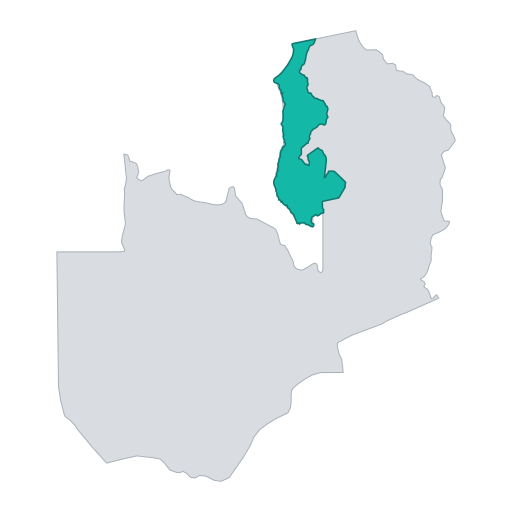 location of Luapula within Zambia
{"feature_id": "ZMB-514", "entity_name": "Luapula", "entity_type": "Province", "adm_level": 1, "iso_a3": "ZMB", "parent_name": "Zambia", "parent_adm1": "", "projection": "equal_earth", "projection_center": [29.278, -10.414], "detail": "fine", "context": "in_parent", "style": "filled", "palette": "teal", "viewbox_px": 512, "rotation_deg": 0, "n_neighbors": 0, "source": "natural_earth", "source_scale": "10m", "svg_char_len": 9438}
<svg xmlns="http://www.w3.org/2000/svg" viewBox="0 0 512 512"><path d="M343.1,372.5L320.6,372.6L312.4,374.9L305.6,378.6L297.6,384.2L293.0,388.2L291.7,390.4L291.1,395.2L291.1,402.6L290.3,408.0L287.8,412.9L275.6,418.8L267.7,423.7L259.9,429.4L254.0,436.9L250.0,446.0L243.3,457.3L229.3,477.5L221.2,481.3L214.4,480.4L206.2,476.2L199.7,475.4L194.9,478.0L190.4,477.2L186.3,473.0L182.8,471.4L180.0,472.6L176.5,472.4L170.0,470.1L164.3,462.9L161.2,459.9L158.9,458.7L152.2,457.6L136.7,455.9L120.7,459.5L106.7,463.1L92.2,447.1L78.1,430.1L75.2,425.7L69.9,420.0L66.1,417.3L64.6,415.8L60.7,400.7L58.5,386.7L56.9,251.9L120.3,251.9L124.4,251.3L124.6,249.8L121.6,242.6L121.7,240.0L122.5,235.1L125.2,225.3L125.3,222.1L124.0,211.4L124.0,205.4L124.7,193.3L124.2,189.2L125.7,183.8L126.2,180.2L126.7,178.7L126.0,174.5L124.6,160.2L123.8,154.1L127.7,155.0L129.0,158.0L129.7,161.2L131.4,161.4L136.0,163.3L137.6,166.0L138.6,171.8L138.0,174.7L136.6,177.1L138.1,179.2L141.1,180.6L142.9,180.2L147.9,176.3L152.7,174.8L155.1,173.8L165.6,171.2L167.6,169.8L169.1,169.8L170.1,170.9L169.2,175.0L168.9,178.6L170.3,185.5L171.3,188.7L173.5,191.0L175.0,192.2L176.8,194.6L180.5,194.2L188.5,197.7L191.0,199.3L194.4,200.9L196.8,201.5L205.1,202.7L213.9,204.7L218.4,204.9L221.6,204.4L223.9,203.4L225.3,202.3L225.9,201.3L229.1,188.3L230.8,187.3L233.0,186.6L234.3,187.8L235.7,196.0L242.1,203.4L244.2,209.6L245.8,214.9L247.2,216.4L249.6,218.2L253.5,218.8L256.9,219.0L273.9,228.1L275.8,229.7L277.9,234.6L279.2,240.0L280.5,244.3L282.7,245.1L284.7,245.5L286.6,248.4L288.1,251.0L293.2,261.6L293.9,265.9L296.3,268.7L299.6,269.9L302.7,270.0L304.5,268.8L308.8,266.6L312.2,264.1L314.7,263.2L316.2,263.7L317.3,265.5L318.0,270.8L320.4,272.6L322.2,271.9L322.9,269.8L322.9,268.7L322.9,213.1L321.4,213.5L319.4,215.1L314.9,215.3L313.1,216.4L312.6,218.2L312.9,220.5L313.0,223.7L312.4,225.2L310.4,225.7L307.5,224.5L302.3,222.9L298.0,222.0L294.9,217.8L290.7,211.5L288.0,208.3L281.3,201.7L280.2,200.4L278.2,197.3L276.4,192.1L274.8,186.1L273.9,182.2L275.5,176.3L279.3,157.0L280.2,150.9L283.5,144.8L283.7,139.3L282.4,132.3L282.7,128.4L283.1,106.2L282.2,99.2L280.1,91.4L275.2,80.6L275.3,78.3L282.6,71.3L284.9,68.6L288.7,62.9L291.3,58.1L293.0,54.1L293.5,49.0L292.3,44.2L294.8,43.2L355.8,30.7L356.7,34.1L358.5,39.6L360.6,43.6L363.2,47.2L365.5,49.4L366.9,50.0L376.3,49.8L379.7,52.0L382.6,54.7L383.4,59.0L385.3,61.6L387.4,63.7L388.3,64.0L389.8,63.5L392.3,63.4L394.7,64.3L395.8,65.3L395.9,68.8L396.6,70.4L399.7,71.0L403.0,71.3L406.1,73.7L409.5,74.2L413.4,75.1L415.2,77.7L419.3,80.4L424.4,82.8L430.0,86.7L430.1,87.9L431.0,90.3L432.0,91.9L432.1,94.4L432.6,96.6L434.0,97.2L435.2,97.4L436.3,95.7L437.8,95.8L439.4,96.8L440.0,99.4L441.2,102.9L443.3,105.4L444.7,107.7L444.2,111.9L443.3,115.8L446.1,119.6L449.7,123.2L450.7,124.8L450.9,130.2L451.5,132.0L453.9,136.5L455.1,139.5L455.0,141.2L448.3,150.1L444.2,151.4L442.5,153.2L441.4,155.1L444.0,163.9L445.4,167.3L444.2,171.5L441.5,178.6L440.3,179.2L440.0,184.6L440.8,186.6L442.1,188.1L442.6,191.8L442.5,200.8L440.8,211.1L443.7,220.1L444.7,221.1L448.9,221.2L449.6,221.9L448.6,224.5L445.7,228.4L440.4,231.5L432.8,234.9L431.2,238.1L430.2,242.8L431.0,245.6L432.0,247.2L431.7,251.3L431.0,255.7L431.2,259.1L430.8,262.1L429.8,263.6L428.5,268.2L426.8,272.7L425.5,274.8L423.6,277.0L420.6,278.8L420.7,279.7L424.1,281.9L424.9,283.3L425.2,284.3L423.8,286.6L425.4,288.0L427.3,289.2L429.1,292.2L431.1,298.0L431.5,298.6L432.0,298.6L433.2,298.0L435.3,295.7L436.8,294.9L438.6,298.2L407.0,312.3L399.5,315.2L388.5,320.2L384.9,322.1L382.0,323.9L352.6,334.9L348.0,337.1L337.6,342.8L337.3,343.7L337.4,346.2L338.3,351.5L340.1,356.4L341.6,359.1L342.6,366.2L343.1,372.5Z" fill="#d9dde1" stroke="#a8b0b8" stroke-width="1"/><path d="M281.6,93.0L281.2,92.8L281.0,92.2L281.0,90.8L280.8,90.3L280.6,89.8L279.7,89.0L279.3,88.5L279.2,87.8L279.3,86.3L279.2,85.4L278.5,84.2L277.3,83.4L275.6,82.9L274.2,82.2L273.6,80.5L274.3,78.8L275.7,77.5L278.9,75.5L282.0,72.4L287.7,64.9L292.1,57.1L293.4,53.2L293.6,49.1L292.1,45.0L292.0,44.1L292.9,43.6L315.5,39.0L315.2,40.0L314.2,42.7L313.7,43.6L313.2,44.2L312.8,44.6L311.8,45.0L310.4,45.6L310.1,45.8L309.7,46.5L309.2,47.2L308.3,49.9L307.9,50.7L307.5,51.1L307.3,51.5L306.2,55.1L305.5,59.5L304.4,63.4L304.2,63.8L303.6,64.6L303.3,64.8L302.3,65.2L301.8,65.6L301.6,65.9L300.8,69.6L300.7,69.8L300.0,69.9L299.9,70.1L299.6,71.2L299.5,72.1L299.7,72.6L299.9,72.9L300.4,73.3L301.3,73.8L301.6,74.1L302.4,75.0L302.7,75.1L303.0,75.2L303.5,74.9L303.7,75.0L304.1,75.2L304.3,75.3L304.7,76.1L304.9,76.7L305.2,77.0L305.3,77.1L305.9,77.3L306.0,77.4L306.3,78.0L306.5,78.0L307.1,77.8L307.3,78.2L307.3,78.7L307.6,79.4L307.6,79.7L307.4,81.1L307.5,81.6L308.1,84.4L307.9,85.1L307.7,85.6L307.2,85.8L307.1,86.0L306.9,87.6L306.9,87.9L307.0,88.7L307.4,89.5L308.0,92.1L308.4,92.7L309.0,93.2L309.8,92.9L310.4,93.0L310.8,93.1L311.4,93.9L311.9,95.3L312.2,95.6L312.5,95.9L312.9,96.5L313.5,96.6L313.6,96.8L314.0,97.6L314.2,97.8L314.4,97.9L314.8,98.0L315.4,98.4L315.6,98.5L316.2,98.3L317.6,98.8L318.0,99.0L318.6,99.4L319.7,99.9L320.5,100.1L320.9,100.5L321.0,100.6L321.6,100.5L322.4,100.6L322.8,100.5L323.2,100.6L323.4,100.9L323.8,101.9L324.2,102.7L324.7,103.3L325.1,103.7L325.4,104.4L325.5,105.1L325.6,105.5L325.8,105.7L326.8,106.2L327.0,106.3L327.2,106.6L327.4,107.0L327.8,108.6L327.9,109.0L327.7,110.1L326.8,113.0L326.8,113.6L326.9,114.4L327.5,116.2L327.8,117.0L327.9,117.4L326.9,118.5L326.5,119.3L326.4,119.8L325.9,123.2L325.7,123.7L325.5,124.0L325.0,124.6L324.5,124.9L324.1,124.9L323.4,124.8L322.7,124.4L322.2,124.2L320.6,124.1L319.7,124.3L319.0,124.7L318.7,124.9L318.2,125.5L317.1,126.9L316.8,127.2L315.9,127.7L314.7,128.6L313.6,128.9L313.1,129.2L312.8,129.5L312.2,130.5L310.9,131.5L310.7,132.1L310.6,133.6L310.5,134.0L310.4,134.3L310.1,134.5L309.3,136.1L309.3,136.8L309.5,137.3L309.9,138.1L310.0,138.3L309.8,138.8L308.4,141.3L308.2,142.0L308.0,143.0L307.9,143.3L307.7,143.4L306.7,143.3L306.3,143.5L306.1,144.0L305.7,144.4L301.6,147.9L301.4,148.2L301.3,148.5L301.4,153.9L301.3,154.2L301.2,154.4L299.7,156.2L299.0,157.3L298.7,158.1L298.7,158.3L299.0,158.5L301.6,159.7L302.0,160.0L305.0,164.1L305.5,164.3L306.5,164.2L308.5,165.4L308.9,165.5L309.0,165.4L309.1,164.9L309.2,163.7L309.4,162.6L309.4,162.0L308.4,160.3L308.3,160.0L308.2,159.5L308.1,159.0L308.2,158.1L308.2,157.8L307.5,156.5L307.3,155.8L307.7,155.2L308.3,154.7L317.7,148.0L318.0,147.9L318.2,148.0L318.9,148.7L320.0,149.5L321.7,150.3L322.3,150.8L322.5,151.0L322.6,151.3L323.6,153.7L323.8,154.1L324.7,154.9L325.1,155.4L326.1,157.7L326.2,158.5L326.3,160.9L324.3,178.2L324.5,177.9L324.8,177.1L325.9,176.6L326.0,176.3L326.1,175.9L326.2,175.4L326.4,174.8L326.6,174.5L327.8,173.4L328.2,172.7L328.3,171.7L328.6,171.4L328.8,171.2L329.3,171.1L333.5,171.2L334.1,171.3L334.7,171.7L345.3,181.9L345.5,182.3L345.5,182.5L345.5,182.8L345.5,183.1L345.3,183.5L345.3,184.4L345.0,185.4L345.0,186.0L345.0,186.3L345.2,186.9L345.2,187.1L339.3,197.1L338.8,197.7L338.3,198.0L323.8,201.1L323.6,201.2L322.7,201.3L322.4,201.8L322.2,202.5L322.2,203.4L322.5,204.8L322.4,206.9L322.5,207.7L322.8,208.4L323.4,209.3L323.7,209.9L323.7,210.4L323.5,211.6L323.7,212.1L323.6,212.4L323.3,212.9L323.1,213.1L321.6,213.2L320.9,213.5L319.7,214.6L317.9,215.7L317.4,215.9L317.0,215.6L316.4,214.8L315.9,214.6L315.5,214.6L315.2,214.8L314.7,215.4L314.0,215.9L312.5,216.6L312.0,217.1L311.8,217.7L311.4,219.5L311.2,220.5L311.1,221.0L311.0,221.3L311.2,221.7L312.2,223.4L312.7,223.7L313.3,223.7L313.7,224.0L313.8,224.8L313.7,225.7L313.4,226.3L312.9,226.7L312.2,226.8L311.9,226.7L311.7,226.3L311.5,226.2L310.6,226.2L309.7,225.8L308.2,224.7L306.6,224.6L306.2,224.5L305.9,224.4L305.5,223.9L304.9,223.0L304.5,222.8L301.7,222.8L300.9,223.1L300.2,223.5L299.6,224.0L299.2,223.1L298.7,223.2L298.1,223.6L297.6,223.6L297.3,223.3L297.0,223.3L296.9,223.2L296.7,222.2L293.9,215.4L293.1,214.0L291.0,212.5L290.7,211.9L290.6,211.1L290.2,210.2L289.7,209.4L289.3,208.9L288.1,208.1L287.6,207.6L287.4,206.9L287.3,205.6L287.0,205.2L285.8,205.5L285.1,205.2L283.4,204.0L283.0,203.6L282.4,201.8L281.9,201.4L281.1,202.0L281.0,201.6L280.6,200.7L280.1,200.1L279.8,199.8L279.5,199.8L279.0,200.1L278.7,199.4L278.4,197.2L278.0,196.7L277.4,196.5L277.1,195.9L276.8,192.7L276.7,192.3L276.2,191.6L276.0,191.2L276.1,190.6L275.5,187.8L275.3,187.4L274.8,186.7L274.6,186.3L274.2,184.9L274.0,184.6L273.8,183.8L273.8,181.4L273.9,180.6L275.6,177.1L276.7,176.0L276.4,174.3L276.6,173.3L276.9,172.7L277.2,172.2L277.8,170.4L277.8,168.9L277.8,168.4L278.2,167.5L278.3,167.1L278.3,166.5L277.9,164.1L277.9,163.6L278.4,162.7L278.9,161.6L279.0,161.1L279.0,160.7L279.0,159.7L279.0,159.2L279.2,158.8L279.8,158.0L280.0,157.0L280.3,156.1L280.4,155.6L280.4,153.5L280.6,152.4L280.9,151.4L281.3,150.4L281.9,149.6L282.2,149.1L282.4,148.1L282.9,147.0L283.1,146.8L283.3,146.6L283.7,146.7L283.9,146.6L284.4,146.1L284.9,145.4L285.4,144.6L285.5,143.6L285.4,143.3L284.6,142.5L284.4,142.0L284.6,140.5L284.6,140.0L283.8,138.8L283.3,137.9L283.3,137.3L283.4,136.9L283.2,136.2L283.5,135.3L283.6,134.8L283.7,134.2L283.7,133.7L283.4,132.8L283.1,132.0L282.8,131.2L282.7,130.1L282.8,129.1L283.0,128.4L283.1,127.6L282.9,126.7L282.5,126.4L282.4,126.2L282.3,125.5L281.1,124.1L281.4,123.3L282.3,122.0L282.8,120.6L283.1,118.8L283.2,115.1L282.9,111.8L283.1,110.8L284.1,107.8L284.4,105.8L284.8,105.0L285.4,104.6L285.5,104.4L284.6,103.2L284.5,102.5L284.3,102.3L284.0,102.1L283.6,101.8L283.2,100.9L283.0,100.0L282.9,97.9L282.8,97.4L282.5,96.4L282.3,95.3L281.7,94.4L281.5,93.9L281.7,93.7L282.5,93.3L282.7,93.0L281.6,93.0Z" fill="#14b8a6" stroke="#0f766e" stroke-width="1.5"/></svg>